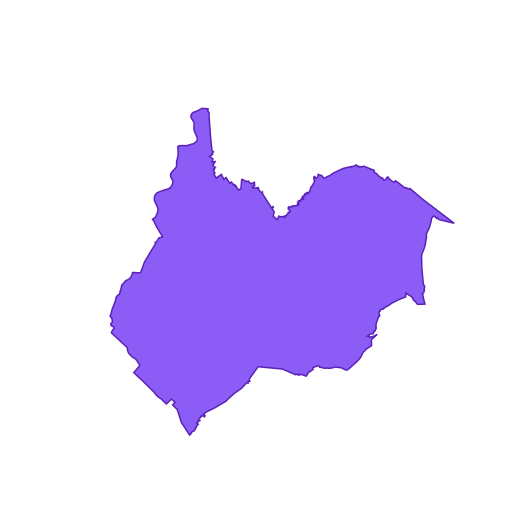 outline of Tanhuato, Michoacán, Mexico, rotated 318°
{"feature_id": "50627088B17756192090146", "entity_name": "Tanhuato", "entity_type": "district", "adm_level": 2, "iso_a3": "MEX", "parent_name": "Mexico", "parent_adm1": "Michoacán", "projection": "orthographic", "projection_center": [-102.336, 20.272], "detail": "fine", "context": "isolated", "style": "filled", "palette": "violet", "viewbox_px": 512, "rotation_deg": 318, "n_neighbors": 0, "source": "geoboundaries", "source_scale": "gbopen_adm2", "svg_char_len": 6111}
<svg xmlns="http://www.w3.org/2000/svg" viewBox="0 0 512 512"><g transform="rotate(318 256 256)"><path d="M238.8,147.8L237.5,147.8L235.2,147.2L232.6,145.8L225.7,143.1L224.7,142.9L223.0,143.0L222.3,143.1L220.6,143.8L218.9,145.1L217.9,146.5L217.4,147.5L215.4,153.8L215.0,154.7L213.7,156.5L212.2,157.6L207.8,159.7L206.5,159.9L203.7,159.4L203.1,163.0L201.9,166.6L199.4,179.4L196.3,177.6L192.1,178.7L190.1,178.5L190.0,179.2L189.5,179.6L169.2,185.8L159.2,191.1L157.5,190.0L153.9,186.2L153.0,185.7L152.2,186.6L148.3,188.2L144.6,187.9L143.3,187.2L141.8,187.2L140.2,187.5L136.7,187.8L133.4,190.3L131.3,191.3L131.4,191.7L129.1,192.8L127.9,192.9L127.8,192.7L126.7,192.7L124.4,193.1L121.5,195.2L117.3,197.4L117.2,197.6L115.4,198.3L113.3,199.4L109.5,202.0L109.3,202.4L107.7,202.6L107.3,203.3L106.9,206.4L105.1,209.0L103.0,209.1L102.4,209.5L101.8,210.8L102.8,213.7L102.1,214.8L99.0,215.4L97.1,216.3L99.0,237.6L98.8,238.3L97.4,240.1L96.3,243.0L96.4,247.8L96.6,249.1L97.5,250.9L97.5,252.3L97.5,254.6L97.1,255.5L96.8,259.1L95.6,259.7L87.2,260.9L87.6,267.1L88.0,269.8L89.1,288.9L88.8,292.1L89.0,295.4L89.9,298.9L90.4,306.0L97.5,305.8L97.9,310.5L94.4,310.9L94.7,316.5L94.9,317.0L89.2,329.7L86.8,344.6L89.3,344.6L89.7,343.9L92.5,344.1L92.8,344.5L95.4,343.9L96.8,343.4L96.8,342.9L100.5,342.4L100.2,340.5L104.1,340.6L103.2,339.6L104.5,338.9L107.6,338.8L107.7,338.3L108.4,338.3L108.9,338.9L109.7,339.1L110.0,340.9L111.0,340.7L111.4,340.3L111.5,338.3L114.3,338.6L124.4,341.4L136.4,343.8L140.1,343.6L147.9,343.6L156.5,344.6L164.0,344.0L165.2,345.2L166.0,343.9L167.5,345.0L167.7,344.1L168.7,343.2L169.9,342.6L183.5,339.7L200.0,357.7L205.9,370.6L208.4,372.0L207.8,372.9L208.5,373.3L208.8,373.3L209.2,373.8L210.5,374.3L212.8,378.8L214.9,378.4L217.7,377.5L218.5,378.0L219.7,378.3L220.3,378.2L222.5,378.5L223.1,377.6L223.8,377.1L228.4,378.9L228.7,379.1L229.4,380.3L228.9,381.3L230.3,382.9L231.5,385.0L233.7,386.7L235.1,388.3L237.8,390.2L240.7,391.6L244.7,396.3L246.0,399.9L246.7,401.0L247.6,401.8L249.9,402.0L260.7,402.0L263.0,401.8L266.2,401.3L269.8,399.7L271.5,399.2L273.2,399.3L275.6,398.9L281.9,400.0L282.5,399.1L284.1,397.6L284.3,396.9L284.8,396.2L286.5,395.3L293.7,395.4L289.2,394.2L286.2,392.6L286.5,391.7L285.2,390.2L288.7,390.4L290.5,391.8L290.7,392.1L291.1,392.3L293.3,390.8L293.8,391.4L295.0,391.2L295.8,390.5L296.7,390.4L296.8,389.9L297.8,389.3L297.9,388.5L301.3,385.8L302.3,385.5L305.2,383.8L307.3,383.0L307.4,383.3L307.7,383.3L308.3,382.8L309.0,380.8L310.0,380.1L311.5,379.6L311.7,379.9L312.6,379.3L313.6,379.4L314.7,380.4L315.2,380.4L315.9,380.7L316.4,380.2L316.9,380.5L317.2,380.4L320.2,381.2L322.2,381.6L324.0,381.7L326.2,382.1L333.3,384.1L339.4,386.4L340.0,386.3L342.7,383.8L343.0,385.6L344.2,389.7L344.3,391.7L343.5,394.1L343.9,395.6L343.7,399.8L345.2,401.4L349.4,404.8L351.6,400.4L354.3,396.0L354.3,395.2L356.2,395.4L358.3,394.1L358.5,393.5L361.0,391.5L361.6,388.8L371.2,375.9L379.1,366.7L380.6,365.6L384.7,363.6L388.9,361.2L395.8,355.6L396.8,354.0L399.2,352.8L403.5,351.1L409.7,347.2L411.6,345.5L414.7,345.0L415.2,346.4L415.5,348.3L415.4,348.4L415.4,349.0L416.4,348.8L416.3,351.3L425.2,364.3L417.8,325.3L415.6,309.0L414.8,309.2L413.1,305.4L412.5,305.2L412.1,304.6L410.9,297.5L410.0,293.4L408.1,293.6L407.8,293.5L407.6,293.0L407.0,290.7L406.7,288.1L406.6,287.3L407.1,286.1L406.9,285.7L406.5,285.3L405.8,285.2L405.3,285.4L405.0,285.3L404.4,286.1L401.9,285.4L401.8,284.7L402.2,282.7L401.5,282.1L401.2,281.6L401.1,279.7L400.5,278.2L400.9,276.8L400.0,272.7L400.2,272.2L401.2,271.6L396.2,261.4L394.7,261.0L393.7,259.7L392.9,259.6L392.4,259.2L392.3,258.7L392.5,258.2L392.4,257.8L391.5,257.5L391.1,257.1L391.0,256.7L391.6,255.6L386.1,253.6L386.4,253.1L379.3,249.2L369.5,246.3L367.8,245.9L365.3,245.8L362.0,244.7L359.0,244.0L358.5,243.4L358.7,240.1L358.1,239.3L356.8,236.9L354.7,238.7L352.4,238.4L352.9,236.2L352.0,236.0L351.7,236.1L350.6,237.3L349.5,239.7L344.4,241.6L343.2,241.4L342.3,241.8L340.4,243.2L338.1,244.2L337.3,243.8L336.9,244.1L336.4,242.9L335.5,243.2L335.4,243.7L334.7,242.6L334.2,242.5L333.1,242.8L333.1,243.7L332.7,243.9L332.2,243.3L330.6,242.9L330.0,243.0L329.4,244.5L329.5,245.0L330.0,245.0L329.7,245.5L329.0,245.6L328.7,244.4L328.2,243.7L327.6,243.8L327.2,244.5L326.2,244.4L325.7,245.1L325.1,243.6L324.0,243.4L323.1,244.7L322.3,244.3L322.1,244.8L322.5,246.4L322.3,246.6L321.8,246.5L321.4,245.7L320.6,245.7L320.3,246.0L319.7,245.3L318.9,245.1L318.2,244.3L317.2,243.8L316.6,243.2L315.7,243.5L315.3,242.7L314.8,242.6L313.9,242.8L313.4,242.4L313.4,241.4L312.6,241.4L311.3,242.9L311.7,243.7L311.4,245.2L311.6,245.5L311.4,245.8L310.5,245.8L309.6,245.2L308.9,245.2L308.8,245.7L308.0,246.1L306.7,245.7L305.7,246.2L305.1,246.0L304.4,245.6L303.9,246.6L303.7,246.6L303.8,245.7L303.7,245.4L303.4,245.2L302.7,245.5L302.3,245.4L302.2,244.6L301.6,244.2L300.3,242.9L299.8,241.7L296.1,243.1L295.4,238.0L299.1,235.3L299.8,231.3L301.4,231.5L301.5,231.0L301.6,230.6L299.8,230.3L302.5,214.1L303.5,212.9L302.7,213.0L302.3,210.6L302.3,207.9L302.3,207.6L303.2,207.7L303.3,206.4L300.7,205.0L300.6,204.5L299.1,203.0L300.3,202.1L301.9,203.0L304.1,200.2L300.3,198.6L300.5,195.3L299.4,194.8L299.1,194.1L298.6,194.0L297.0,189.7L296.3,189.8L289.8,195.9L287.1,195.1L288.1,189.9L287.2,189.9L287.6,188.0L286.8,187.4L287.3,184.6L285.0,184.3L285.7,181.3L285.5,180.5L285.8,180.3L286.3,177.7L283.4,177.4L284.9,172.2L278.6,171.4L279.5,167.1L281.0,166.9L281.3,164.5L282.6,164.0L282.5,162.9L284.9,163.2L284.7,159.7L288.8,158.6L288.9,158.4L286.2,156.8L289.0,155.0L288.0,150.9L291.4,151.6L291.3,150.6L294.1,150.2L293.9,148.1L300.7,138.7L315.3,119.9L317.2,117.9L317.2,115.7L318.6,115.0L318.9,114.6L314.7,110.1L309.7,109.0L305.8,107.4L304.8,107.2L303.9,107.3L302.1,107.8L301.2,108.5L300.3,109.9L299.4,114.8L299.0,115.8L295.3,119.6L294.0,121.3L291.5,128.5L290.8,129.7L290.2,130.2L289.4,130.7L288.1,131.1L286.3,131.0L283.9,130.4L282.2,129.4L279.3,128.1L277.8,127.2L274.0,123.6L272.5,122.6L271.3,122.3L270.9,122.5L270.0,123.8L265.8,128.7L261.6,131.8L260.6,132.3L257.1,136.0L255.8,136.7L249.7,137.3L247.7,137.8L247.2,138.2L246.6,138.7L245.5,140.5L244.9,143.0L244.1,145.2L241.8,146.8L238.8,147.8Z" fill="#8b5cf6" stroke="#5b21b6" stroke-width="1.5"/></g></svg>